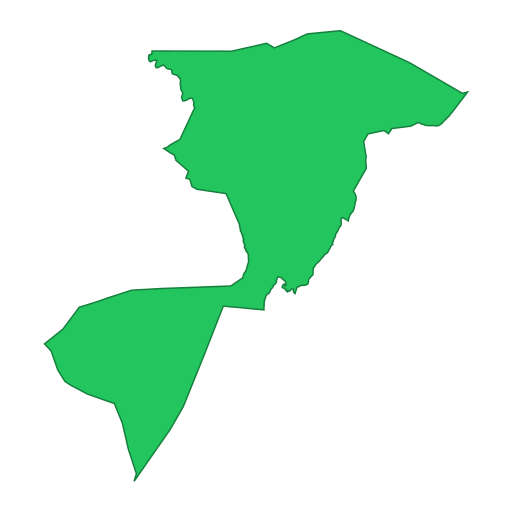 San Francisco Cahuacuá, Oaxaca, Mexico (Equal Earth projection)
{"feature_id": "50627088B44636472073228", "entity_name": "San Francisco Cahuacuá", "entity_type": "district", "adm_level": 2, "iso_a3": "MEX", "parent_name": "Mexico", "parent_adm1": "Oaxaca", "projection": "equal_earth", "projection_center": [-97.354, 16.831], "detail": "fine", "context": "isolated", "style": "filled", "palette": "green", "viewbox_px": 512, "rotation_deg": 0, "n_neighbors": 0, "source": "geoboundaries", "source_scale": "gbopen_adm2", "svg_char_len": 4996}
<svg xmlns="http://www.w3.org/2000/svg" viewBox="0 0 512 512"><path d="M423.0,70.5L409.6,62.7L340.4,30.7L310.1,33.6L307.3,33.9L303.5,35.6L295.0,39.6L274.4,47.9L266.6,43.3L231.6,51.2L152.0,51.0L151.9,53.1L151.9,53.6L151.6,54.1L151.4,54.4L150.6,54.5L149.7,54.6L148.9,55.1L148.5,57.8L148.8,59.7L149.6,61.3L150.5,61.8L153.2,60.4L154.6,60.4L156.6,60.2L156.8,60.9L155.9,63.3L155.3,65.7L155.6,66.7L156.4,67.7L157.5,67.7L158.5,67.3L160.3,66.3L162.3,65.6L163.0,64.9L163.4,64.9L164.6,66.0L165.7,67.0L166.0,67.8L167.2,68.6L168.5,69.0L169.6,69.1L170.4,69.2L171.6,69.8L172.0,72.5L172.1,73.4L172.5,73.8L172.9,74.0L177.5,75.5L178.2,76.7L178.9,77.5L179.4,77.7L179.7,78.1L180.1,79.2L180.4,79.9L180.5,80.7L180.5,81.3L180.4,82.2L180.1,83.7L180.3,84.4L180.5,85.2L180.6,86.3L180.7,87.7L180.8,88.5L181.0,89.7L181.2,90.2L181.6,90.9L181.9,91.3L182.4,91.7L182.6,92.2L182.6,92.9L182.5,93.9L182.4,94.8L181.9,95.9L181.7,96.5L181.6,97.0L181.8,98.0L182.0,98.5L182.4,99.9L182.8,100.9L183.4,100.9L184.0,100.9L184.7,100.8L185.9,100.3L186.8,99.9L187.5,99.7L188.6,98.9L189.1,98.6L190.1,98.2L190.6,98.4L191.1,98.3L191.7,98.2L192.5,98.5L192.6,98.8L193.1,99.9L193.2,100.4L193.6,101.5L193.8,102.4L193.7,103.5L193.6,104.9L193.8,105.8L194.2,106.8L194.7,107.2L194.8,107.5L179.9,139.5L175.8,141.7L170.3,144.8L169.8,145.2L167.3,147.2L163.8,148.5L169.8,152.5L174.4,155.2L175.9,160.2L188.5,171.2L185.9,178.1L189.9,179.3L191.9,186.3L192.1,186.6L197.0,189.3L226.1,193.6L232.1,207.5L239.4,224.3L239.8,227.0L240.2,228.8L240.5,229.5L240.4,229.9L240.4,231.1L240.8,231.4L241.5,232.8L242.0,234.5L242.4,234.6L242.5,235.7L242.6,236.1L242.8,236.4L243.2,236.7L243.4,237.1L242.9,237.8L243.2,239.0L243.8,239.6L243.2,241.0L243.5,242.3L243.9,242.7L244.1,242.8L244.2,243.0L244.0,243.3L244.2,244.0L244.5,244.3L244.7,244.6L244.9,244.8L244.9,245.3L244.7,245.6L244.5,246.2L244.5,246.8L244.5,247.3L244.7,248.1L245.0,248.2L245.3,248.1L245.6,248.2L245.8,248.6L245.8,249.1L245.6,249.5L245.8,249.8L245.8,250.1L246.0,250.2L246.1,250.6L246.1,251.0L246.4,251.1L246.8,251.4L247.1,252.4L247.3,252.3L248.2,253.8L248.6,261.7L247.4,265.6L246.6,268.8L245.7,271.2L245.4,271.7L244.9,272.1L244.4,272.7L243.2,275.6L242.9,277.7L230.8,286.0L161.8,288.5L131.7,290.2L107.5,298.0L97.1,301.7L79.3,307.2L62.9,329.1L44.5,343.9L51.1,350.9L57.8,370.0L64.9,381.4L71.2,385.5L87.5,394.1L113.0,403.1L114.1,402.9L122.3,423.0L128.4,449.4L136.4,473.7L134.1,481.3L170.2,429.4L183.2,406.8L203.3,357.1L206.1,350.0L223.3,306.1L264.0,309.9L263.9,307.7L264.1,305.4L264.2,302.8L264.5,300.8L264.9,299.3L265.4,298.1L265.7,296.5L266.2,295.6L266.9,294.7L267.3,294.0L267.8,293.9L268.5,293.7L269.5,292.6L270.0,291.3L270.2,290.5L270.7,289.8L271.2,288.9L271.9,288.3L272.5,287.6L273.0,286.7L273.5,285.7L274.0,285.0L274.7,284.1L275.6,283.5L276.3,282.3L276.5,280.6L276.8,279.3L277.2,278.2L277.6,277.2L279.0,276.9L281.0,277.5L281.8,278.3L282.9,279.4L283.8,280.1L284.6,280.7L285.2,281.3L285.5,282.1L285.6,283.3L285.8,283.9L285.8,284.8L285.8,285.4L285.1,285.8L284.4,285.2L284.0,284.2L283.3,284.4L282.5,286.1L282.2,287.0L282.3,287.6L282.9,287.9L283.9,288.1L284.8,288.7L285.2,289.4L285.9,290.3L286.3,290.7L287.0,291.6L287.6,291.9L287.9,290.6L289.2,291.2L290.1,290.6L290.7,289.9L291.5,289.2L292.2,288.7L293.0,289.0L293.4,289.7L293.4,291.4L294.0,292.7L295.0,293.6L297.1,287.1L298.0,286.8L298.8,286.7L299.7,285.9L300.4,285.7L301.9,285.4L302.4,285.2L303.8,285.5L304.7,285.3L305.7,284.9L307.5,284.3L308.3,282.9L308.4,281.2L308.6,279.7L309.3,278.3L310.1,277.8L310.9,276.8L313.0,274.5L313.0,272.8L313.1,270.7L313.2,269.1L313.6,267.7L314.6,266.6L315.5,264.8L316.4,263.8L317.0,263.1L318.5,262.1L319.2,261.1L320.2,260.2L321.0,258.8L322.4,257.5L323.3,256.5L324.6,254.7L326.3,253.5L327.4,252.8L327.9,252.0L328.6,250.6L329.4,249.0L330.3,247.9L330.6,246.5L332.8,244.3L332.6,243.2L332.4,242.2L332.8,241.8L333.4,241.3L333.3,240.2L333.7,239.0L334.4,238.3L334.9,237.7L335.1,236.5L335.5,235.7L335.5,234.6L337.1,232.0L337.4,231.2L338.0,230.8L338.3,229.6L338.8,228.5L339.2,227.4L340.1,226.7L340.8,225.9L341.1,224.6L341.2,223.2L341.2,221.6L341.0,220.5L341.1,218.7L342.6,217.6L343.3,218.0L344.8,218.8L348.3,220.9L348.3,220.7L348.5,219.7L348.7,218.3L349.2,217.3L349.9,215.3L350.8,213.9L351.4,212.8L352.6,211.7L353.1,211.1L353.5,210.0L354.1,208.2L354.6,206.2L354.8,205.2L355.0,203.7L355.3,201.8L355.9,200.6L356.1,199.0L356.1,197.5L355.9,196.1L355.5,194.6L355.0,193.9L354.9,193.7L354.4,192.6L353.9,192.1L353.4,190.9L366.3,168.4L365.9,162.9L365.8,161.7L365.8,161.1L365.8,159.4L366.0,157.9L366.2,156.9L363.6,141.6L368.0,133.9L381.3,131.1L384.0,130.5L388.5,133.7L391.9,128.5L410.7,126.2L418.5,122.4L419.9,123.2L420.5,123.5L421.5,124.0L422.7,124.4L424.1,124.6L425.2,125.3L426.0,125.3L427.8,125.5L429.1,125.7L430.4,125.7L432.4,125.4L432.8,125.6L433.7,125.6L435.5,125.8L437.0,125.9L438.2,125.7L439.0,125.2L439.9,124.8L441.5,123.7L442.2,123.1L442.8,122.2L444.2,120.8L446.0,119.2L447.5,117.5L448.7,116.4L449.6,115.5L450.4,114.2L452.1,112.3L464.8,95.7L467.5,92.1L462.4,93.3L457.9,90.7L423.0,70.5Z" fill="#22c55e" stroke="#15803d" stroke-width="1.5"/></svg>